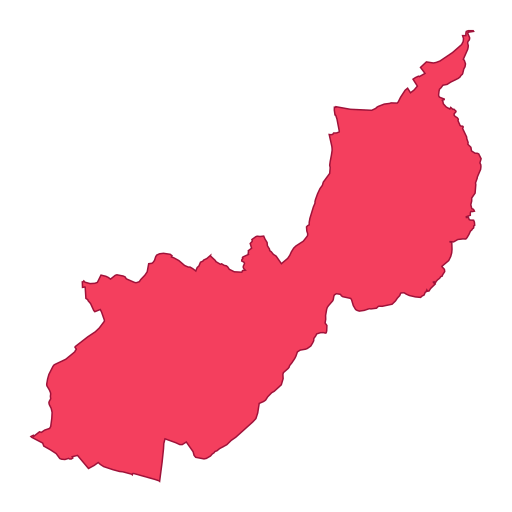 Seica Mica, Sibiu, Romania
{"feature_id": "2599482B41747805534423", "entity_name": "Seica Mica", "entity_type": "district", "adm_level": 2, "iso_a3": "ROU", "parent_name": "Romania", "parent_adm1": "Sibiu", "projection": "albers", "projection_center": [24.086, 46.046], "detail": "fine", "context": "isolated", "style": "filled", "palette": "rose", "viewbox_px": 512, "rotation_deg": 0, "n_neighbors": 0, "source": "geoboundaries", "source_scale": "gbopen_adm2", "svg_char_len": 5999}
<svg xmlns="http://www.w3.org/2000/svg" viewBox="0 0 512 512"><path d="M259.2,403.4L263.6,401.5L265.6,400.1L267.7,396.8L271.7,392.7L274.2,391.3L281.3,384.8L283.1,378.7L282.9,374.3L283.4,372.6L288.2,368.4L289.1,367.2L289.6,365.6L291.8,362.9L294.8,358.4L295.9,356.2L297.4,351.9L300.2,350.1L305.5,349.2L307.3,348.5L310.8,346.0L312.7,342.8L313.7,340.7L313.8,338.5L315.7,335.9L316.7,333.9L320.4,332.7L323.4,332.6L325.4,333.1L326.2,332.8L326.7,330.8L326.9,325.5L325.1,323.0L325.7,319.3L325.6,315.4L326.7,309.1L327.3,307.4L328.4,305.8L332.8,300.7L333.3,299.4L333.8,296.3L334.4,294.9L336.4,293.7L339.7,294.2L340.5,294.4L341.4,295.8L342.8,296.7L350.7,298.4L351.6,299.9L353.3,305.6L355.6,309.5L357.1,310.4L359.3,311.1L364.2,310.4L369.2,308.7L371.0,308.9L376.5,308.2L378.3,306.4L378.9,306.2L382.2,306.3L392.1,304.2L395.5,300.9L397.3,298.2L399.7,295.6L400.6,293.3L401.4,292.9L404.2,292.8L406.0,294.0L409.3,295.5L415.4,296.9L420.6,297.4L422.1,296.0L424.1,295.0L425.2,292.3L426.6,291.5L426.5,290.7L426.8,289.9L427.6,291.2L429.0,291.0L430.5,288.6L435.1,284.1L433.4,282.4L433.4,282.0L434.6,281.9L435.4,282.9L436.2,281.4L437.6,279.8L439.5,278.4L440.7,276.7L442.3,276.0L442.5,275.0L444.7,271.6L444.5,269.7L444.0,268.8L442.3,267.1L441.9,266.3L448.7,260.6L450.7,256.5L451.7,252.9L452.0,249.4L451.8,243.1L451.4,242.4L449.4,241.6L453.6,241.9L457.8,239.5L462.9,238.9L465.8,239.0L467.0,237.7L468.9,234.5L470.5,231.0L471.6,230.2L472.6,228.7L473.5,228.1L473.7,227.5L473.7,226.0L474.7,225.3L474.4,222.1L473.6,220.2L470.3,220.1L469.2,219.6L468.5,217.5L466.4,217.5L466.3,216.7L470.3,215.3L470.3,213.2L470.6,212.1L471.1,211.3L472.4,211.6L474.4,211.2L473.9,210.0L473.1,209.1L471.8,208.7L470.8,204.7L471.7,201.0L471.7,198.0L475.1,193.1L475.8,184.6L475.5,182.9L477.2,178.2L477.3,177.1L480.6,169.4L480.9,166.8L480.8,164.8L479.9,162.9L481.1,158.7L478.7,153.9L477.3,153.3L475.0,153.2L471.5,150.9L470.9,147.3L467.9,144.3L468.1,142.4L466.8,138.8L466.6,136.9L462.6,128.5L463.2,127.0L463.0,126.5L462.6,126.2L461.0,126.1L460.1,125.5L458.0,120.7L458.3,119.4L458.1,118.8L457.1,117.6L455.2,116.5L454.1,115.2L454.2,113.7L455.8,112.0L456.0,111.2L453.9,109.2L452.9,109.4L450.7,107.4L449.8,109.0L446.2,107.0L443.5,104.0L443.2,103.3L443.0,101.9L442.3,100.3L444.2,99.6L444.2,99.0L439.5,97.2L438.8,96.1L438.6,95.0L439.0,91.3L439.5,89.2L441.0,87.8L442.9,85.2L447.1,84.4L450.7,82.1L458.2,78.4L460.0,77.0L461.0,75.4L462.3,74.3L462.7,73.5L463.8,68.9L465.0,66.8L465.5,63.9L464.3,60.3L463.3,59.3L467.7,49.3L468.1,47.4L468.3,45.7L467.7,43.4L467.7,42.2L468.1,41.3L469.3,39.9L469.6,38.7L469.6,37.6L467.7,33.2L468.0,32.6L468.9,32.1L473.6,31.4L473.2,30.7L468.2,30.7L466.3,31.4L465.9,33.0L465.8,35.6L462.6,35.6L463.5,38.6L463.2,41.5L461.6,44.6L452.6,52.5L440.0,61.0L436.3,62.4L433.4,63.0L426.4,61.9L420.5,67.4L425.0,73.4L419.4,76.6L418.8,76.2L418.0,76.4L415.4,77.6L413.0,79.2L417.4,86.1L414.1,90.0L410.5,92.8L407.6,88.2L405.1,90.3L400.6,97.2L398.2,102.0L397.1,103.1L391.1,102.9L389.7,103.4L384.2,104.1L378.3,106.4L376.9,107.2L375.7,108.4L371.7,110.3L350.4,109.3L335.9,106.7L335.8,107.3L334.4,107.2L334.3,110.1L335.0,114.9L335.4,114.9L335.9,115.8L337.0,119.2L339.3,131.2L339.2,131.9L338.9,132.1L336.4,133.0L333.6,133.0L332.7,134.4L331.0,134.7L329.2,134.5L331.9,146.6L332.1,149.0L332.1,150.5L331.4,155.2L330.2,161.5L329.7,165.2L330.2,167.7L329.7,173.4L323.3,182.1L322.4,185.3L320.0,188.6L317.6,193.7L315.5,199.5L315.0,201.5L315.0,203.2L313.4,206.9L309.9,218.4L309.2,222.3L309.2,224.8L307.6,225.7L306.5,226.9L306.8,230.9L307.7,233.7L307.6,235.4L307.3,236.1L303.3,241.2L296.0,245.9L293.7,248.1L291.4,251.8L289.8,255.3L287.7,258.4L281.4,263.7L276.1,256.1L273.4,254.4L271.2,251.7L269.7,250.6L269.5,249.2L267.4,245.7L267.1,242.5L265.0,239.1L263.7,236.1L260.1,236.5L257.1,236.2L255.8,236.7L251.9,239.5L252.2,240.1L252.1,241.5L250.2,243.5L251.6,248.2L248.3,250.7L248.5,252.3L248.1,253.2L248.5,254.4L242.9,257.0L242.4,257.9L242.8,258.6L241.8,259.8L241.7,261.0L243.8,262.1L244.4,263.0L244.5,263.6L243.3,266.2L243.2,267.2L243.7,268.5L245.3,270.2L242.5,270.6L242.1,271.8L241.6,272.2L234.3,271.8L229.3,269.3L227.6,266.8L226.3,265.8L224.2,265.4L221.6,263.8L220.4,264.3L215.7,261.5L215.7,261.1L215.0,260.2L210.4,255.9L210.5,255.4L206.9,258.5L203.6,260.1L202.8,261.2L200.5,262.2L198.9,266.0L197.2,267.5L195.8,271.0L192.8,268.7L190.1,267.1L188.3,267.1L184.6,265.5L178.9,260.6L173.6,257.7L171.5,257.0L172.0,255.7L170.2,254.3L163.5,253.3L159.5,253.8L156.7,255.1L155.7,256.7L154.5,260.4L153.0,262.5L151.9,263.3L148.7,263.7L147.2,271.8L144.9,275.2L140.8,279.5L139.3,281.7L136.7,282.6L135.6,282.7L134.2,282.3L127.1,279.2L126.2,278.7L125.1,276.9L123.1,276.0L116.9,274.8L115.3,275.3L110.5,279.1L108.4,277.5L105.9,276.3L101.0,275.1L97.4,282.4L94.9,283.3L90.1,283.6L85.3,282.3L84.5,281.8L83.8,280.9L83.1,281.8L82.3,281.9L82.5,287.4L85.0,287.0L85.2,287.4L85.9,298.4L87.8,299.7L88.1,300.7L90.6,303.6L93.7,310.4L94.8,311.7L100.3,309.5L101.6,312.2L104.3,319.9L104.4,321.2L99.3,328.0L95.3,331.8L87.8,336.8L75.2,346.6L75.0,347.4L76.3,349.0L76.3,349.4L75.4,350.4L74.9,351.7L72.8,353.5L65.7,359.3L55.8,364.0L54.1,364.9L53.0,366.3L48.9,374.4L47.6,379.0L46.7,384.2L46.9,385.8L49.4,390.0L50.4,392.4L50.7,393.9L50.4,396.2L50.7,398.8L49.2,401.5L48.9,402.8L49.3,404.6L51.2,408.4L52.1,412.4L51.8,418.3L50.7,426.5L49.6,428.4L44.7,430.1L41.3,432.4L39.5,431.8L33.7,436.3L33.3,435.3L30.9,436.5L31.7,437.3L42.4,442.9L42.7,443.1L43.8,446.1L50.4,449.8L56.2,453.6L59.8,458.5L61.5,459.2L64.9,459.5L68.5,458.4L69.7,459.0L71.3,459.0L72.8,458.0L72.2,456.7L77.5,455.4L88.5,468.5L94.2,465.4L98.2,462.5L100.3,464.4L103.7,466.6L113.0,469.7L119.6,471.5L122.8,471.8L131.7,474.2L132.3,474.8L132.7,473.6L133.8,473.5L155.2,479.5L159.0,480.8L159.6,481.3L162.1,462.2L163.5,448.8L163.8,443.5L165.0,438.8L175.5,442.6L179.9,444.6L182.2,444.6L186.3,442.0L193.1,451.7L194.1,455.4L195.7,457.3L204.0,458.9L206.4,458.4L210.5,456.0L212.2,454.0L214.1,452.7L214.9,451.5L216.9,450.8L219.6,448.6L226.8,444.7L231.2,440.4L235.8,437.2L252.9,421.8L255.9,418.6L257.7,413.0L259.2,403.4Z" fill="#f43f5e" stroke="#9f1239" stroke-width="1.5"/></svg>